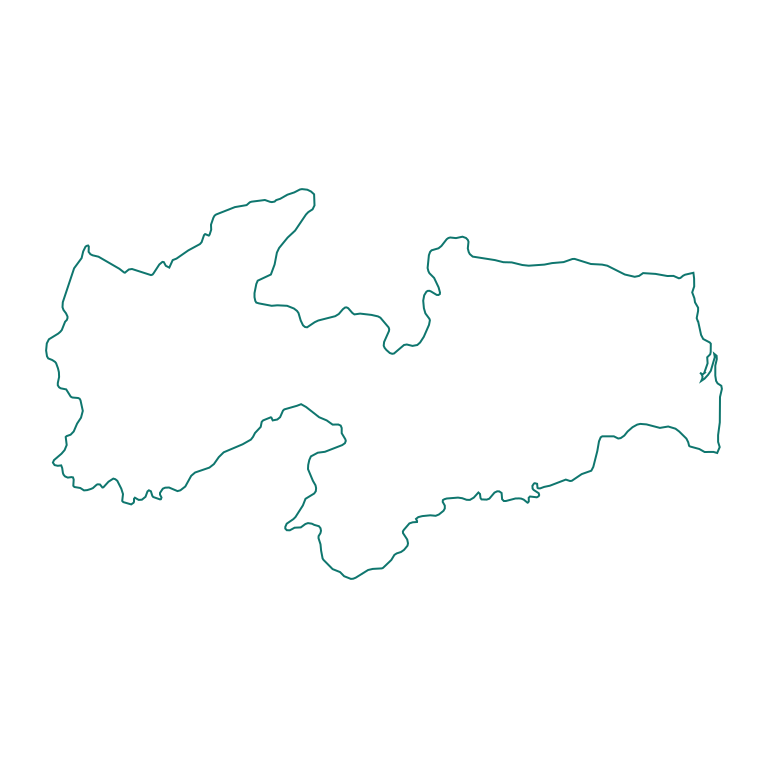 outline of Paraíba
{"feature_id": "BRA-626", "entity_name": "Paraíba", "entity_type": "State", "adm_level": 1, "iso_a3": "BRA", "parent_name": "Brazil", "parent_adm1": "", "projection": "orthographic", "projection_center": [-36.992, -7.153], "detail": "fine", "context": "isolated", "style": "outline", "palette": "teal", "viewbox_px": 768, "rotation_deg": 0, "n_neighbors": 0, "source": "natural_earth", "source_scale": "10m", "svg_char_len": 6040}
<svg xmlns="http://www.w3.org/2000/svg" viewBox="0 0 768 768"><path d="M693.4,272.8L694.1,278.5L694.2,286.4L692.2,292.4L694.4,298.3L695.0,302.3L698.1,307.7L698.1,310.9L696.7,318.1L698.0,321.8L698.0,320.8L701.1,335.0L703.2,339.0L709.8,342.5L710.8,343.7L710.7,352.0L710.2,354.3L707.2,357.3L707.6,363.3L704.4,372.5L704.8,372.7L702.5,374.5L700.1,372.7L701.7,374.4L702.5,376.4L702.3,378.6L701.3,380.9L704.5,378.7L708.0,374.9L710.8,370.8L714.8,357.1L714.2,353.8L716.6,355.8L716.8,359.1L715.3,365.6L715.3,375.7L716.1,380.9L717.6,383.4L721.3,385.8L721.9,388.9L720.0,397.0L719.8,422.4L718.1,435.1L718.1,441.9L719.7,447.1L717.2,453.0L713.4,451.9L704.6,452.0L699.3,449.0L690.1,446.5L689.1,445.8L688.2,442.2L686.4,438.6L679.2,431.5L675.5,428.7L668.2,426.5L659.9,427.9L646.5,424.4L640.3,423.9L637.2,424.6L632.5,427.2L627.6,431.5L624.3,435.6L620.7,438.1L618.2,438.5L613.8,436.3L602.3,436.3L600.7,437.3L599.0,441.3L597.3,451.1L593.3,466.9L591.3,470.7L581.7,474.1L571.8,480.8L570.0,481.0L565.8,479.6L549.9,485.7L544.2,486.9L540.1,488.4L538.2,488.3L537.5,487.8L537.1,483.8L534.8,483.2L533.9,483.6L532.4,485.9L532.6,488.6L533.6,489.9L538.7,493.2L539.2,495.0L538.6,496.3L536.8,497.3L530.0,496.5L528.7,497.8L528.8,501.3L528.2,502.4L527.5,502.7L523.7,499.6L521.2,498.6L519.1,498.4L515.4,498.5L505.9,501.0L503.8,501.0L502.1,499.2L501.6,493.0L499.3,491.4L497.2,491.3L494.5,492.6L489.3,498.7L486.7,499.6L481.5,499.4L480.5,498.0L480.0,494.0L478.4,492.5L473.8,497.6L469.9,499.9L466.6,499.8L462.2,498.2L458.0,497.6L446.8,498.5L444.4,499.2L442.9,500.1L442.7,501.9L444.8,505.6L444.8,508.5L443.5,510.8L438.9,514.5L435.7,515.8L430.3,515.3L422.3,516.1L418.3,517.1L416.0,518.9L417.1,521.1L417.0,522.0L412.7,522.3L409.4,523.4L403.8,529.9L402.9,531.4L403.0,533.1L407.2,539.5L408.0,543.3L407.5,545.7L404.0,549.9L401.0,552.0L396.7,553.4L394.4,554.9L391.3,560.0L383.0,567.9L381.8,568.4L372.8,568.9L368.1,570.0L355.7,577.7L353.2,578.7L350.9,578.9L344.1,576.2L340.1,572.1L332.6,569.1L323.5,559.9L322.6,558.5L321.1,550.6L320.5,544.3L318.5,538.1L318.6,536.1L320.4,533.2L321.0,530.8L320.5,528.2L318.9,526.2L314.3,524.9L311.9,523.7L308.0,523.1L305.4,524.0L300.8,527.4L294.6,527.7L289.8,530.3L286.8,530.2L285.3,528.6L285.3,526.9L286.7,523.7L293.4,519.1L295.5,517.0L302.9,505.4L305.5,498.8L314.2,493.5L315.8,491.2L316.1,488.1L315.5,485.3L312.9,480.8L308.0,469.1L308.2,465.0L309.3,460.0L310.9,456.4L317.8,452.7L324.9,451.8L342.2,445.1L344.9,443.2L345.8,440.9L345.3,439.2L341.7,433.2L341.7,428.0L340.7,425.6L338.3,424.5L332.6,424.6L326.7,420.4L319.1,417.2L306.1,407.0L301.1,404.2L296.9,405.8L284.3,409.4L283.0,410.6L280.1,417.2L277.3,419.5L272.7,420.4L271.4,417.6L270.8,417.3L263.1,420.4L261.7,421.9L260.7,426.9L255.0,433.0L253.0,436.9L250.9,439.6L242.6,444.3L223.7,452.3L218.8,457.1L213.9,464.1L209.4,467.6L195.1,472.5L191.2,475.8L185.3,486.5L180.4,490.3L177.5,491.1L169.0,487.5L165.1,487.7L162.8,488.7L160.0,492.9L160.0,494.6L161.5,497.5L160.9,499.2L160.0,499.4L153.2,497.0L152.3,495.8L150.9,491.3L148.9,490.3L147.5,491.4L145.5,496.8L141.9,499.7L138.7,499.9L134.9,497.7L134.0,498.8L134.0,501.8L133.5,502.8L131.2,504.4L123.3,502.1L122.2,500.9L123.0,494.1L121.3,488.7L117.3,480.8L115.3,479.2L113.3,478.6L108.5,481.7L103.4,487.3L102.4,487.5L100.0,484.5L97.8,484.3L96.7,484.7L92.9,488.1L90.8,489.0L87.2,490.1L84.0,490.4L80.3,488.0L74.4,487.0L73.3,485.8L73.7,479.6L73.0,477.4L71.4,477.1L67.8,477.6L65.0,476.4L63.5,474.6L62.9,472.9L62.2,468.1L61.2,465.4L57.8,465.8L54.6,465.1L52.9,462.6L54.0,460.1L61.5,453.7L64.6,450.1L66.7,445.0L65.7,437.0L66.6,436.1L70.6,434.7L73.7,431.5L77.1,423.6L81.0,417.7L82.8,410.9L80.5,400.3L79.6,398.7L78.1,398.0L72.3,397.5L70.7,396.6L66.2,389.4L60.7,388.3L59.1,387.3L57.8,385.3L57.8,383.0L59.1,377.0L58.9,372.2L58.0,368.4L56.1,363.2L55.1,361.9L52.2,360.0L48.2,358.4L47.0,356.3L46.1,350.5L46.8,343.4L48.9,339.3L58.2,333.6L60.3,331.8L61.8,330.0L65.1,321.7L66.8,320.0L67.5,318.1L67.5,316.5L66.0,313.3L63.5,310.0L62.5,307.2L62.8,302.2L74.1,268.3L81.6,258.1L83.2,251.4L85.5,246.7L86.6,245.9L88.1,245.5L88.8,246.5L88.6,251.8L90.4,254.2L92.6,255.3L98.5,256.7L119.4,268.8L124.0,272.4L124.9,272.7L128.8,269.5L132.0,269.0L151.0,275.1L152.5,274.6L153.5,273.4L159.3,264.5L162.4,261.9L163.8,262.1L165.8,265.8L169.3,267.6L172.7,260.1L176.5,258.6L188.3,250.4L199.9,244.1L201.6,242.2L204.0,235.2L205.1,234.1L208.8,235.6L209.6,234.6L211.2,229.7L211.0,224.7L213.4,217.7L214.6,215.6L216.1,214.5L234.9,207.1L246.6,205.1L249.8,202.3L251.5,201.7L264.9,200.0L270.0,201.8L271.8,202.1L274.6,201.6L276.2,200.1L280.2,198.8L287.4,194.7L294.3,192.4L299.9,189.5L302.0,189.1L307.3,189.7L311.0,191.5L314.1,194.3L314.5,205.4L312.6,209.3L308.3,212.1L306.0,214.5L295.1,230.6L287.6,237.6L279.1,248.0L276.9,252.6L274.6,264.5L270.9,274.5L257.7,280.7L256.3,284.0L254.5,293.1L254.5,297.2L255.3,300.9L256.3,302.6L259.0,303.4L271.7,305.8L277.4,305.3L287.1,305.8L293.9,308.5L297.0,310.9L298.5,313.0L300.7,320.5L303.0,325.3L305.0,327.0L307.1,327.3L314.7,322.2L318.3,320.5L335.2,316.2L338.8,314.0L342.9,309.2L345.1,307.5L346.6,307.4L348.2,308.2L352.4,313.0L354.4,314.4L360.1,313.6L371.4,314.9L378.0,316.4L380.4,317.7L388.6,327.4L389.2,329.2L389.0,331.0L384.1,342.0L383.7,345.7L384.6,347.8L386.4,350.0L389.8,353.0L392.2,353.8L394.0,353.5L404.0,345.0L406.8,344.5L412.5,345.9L417.3,345.0L420.1,342.5L423.8,336.8L429.0,324.9L429.9,320.3L429.4,318.8L425.4,313.4L423.9,308.2L423.2,300.7L424.2,295.3L426.4,291.7L427.7,290.9L429.4,290.8L430.9,291.4L436.7,294.9L438.4,295.0L439.8,294.1L440.0,292.6L438.6,287.4L434.1,277.9L429.4,273.2L428.4,271.2L427.6,268.0L428.9,255.2L430.1,251.9L431.6,250.3L438.5,248.3L441.4,246.0L446.7,239.2L448.4,238.0L450.2,237.5L456.0,238.1L462.5,236.7L466.0,238.0L467.8,239.9L468.5,241.8L467.8,248.4L468.7,252.0L469.8,254.1L472.7,256.6L495.0,260.1L503.4,262.2L511.7,262.4L522.3,265.0L528.7,265.7L544.4,264.6L552.0,263.1L563.6,262.1L572.4,259.0L574.6,258.9L590.9,264.0L602.1,264.6L607.3,265.7L624.8,274.5L634.7,276.8L639.1,275.9L643.1,273.1L655.5,273.9L667.3,276.0L673.5,275.9L678.9,278.3L680.5,277.9L683.1,275.7L685.1,274.7L693.4,272.8Z" fill="none" stroke="#0f766e" stroke-width="2"/></svg>